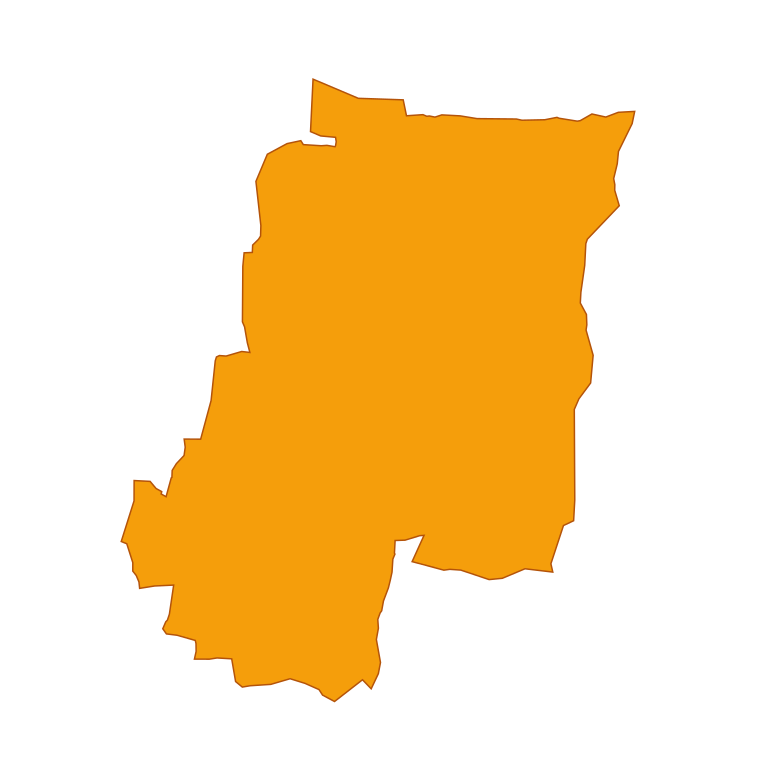 Chumayel, Yucatán, Mexico (Albers equal-area conic projection), rotated 354°
{"feature_id": "50627088B77720764307123", "entity_name": "Chumayel", "entity_type": "district", "adm_level": 2, "iso_a3": "MEX", "parent_name": "Mexico", "parent_adm1": "Yucatán", "projection": "albers", "projection_center": [-89.289, 20.471], "detail": "medium", "context": "isolated", "style": "filled", "palette": "amber", "viewbox_px": 768, "rotation_deg": 354, "n_neighbors": 0, "source": "geoboundaries", "source_scale": "gbopen_adm2", "svg_char_len": 1969}
<svg xmlns="http://www.w3.org/2000/svg" viewBox="0 0 768 768"><g transform="rotate(354 384 384)"><path d="M633.9,203.7L639.0,189.4L641.5,177.2L658.0,151.0L661.8,139.1L645.4,138.3L632.5,141.7L619.0,137.2L606.7,142.6L603.7,142.8L585.9,138.0L583.9,136.9L571.5,138.0L548.8,136.1L543.3,134.3L504.3,129.8L487.8,125.3L469.6,122.4L462.6,123.9L457.2,122.2L454.5,122.2L450.9,120.2L434.4,119.6L432.8,103.4L388.3,97.2L345.3,73.4L337.3,125.3L347.0,130.7L361.6,133.6L361.8,138.1L360.7,142.0L360.1,142.9L352.2,140.7L346.5,140.5L328.8,137.5L326.7,133.3L312.7,134.8L292.0,143.3L277.8,169.1L278.1,213.6L276.7,224.0L274.3,227.0L267.9,232.1L266.8,239.4L258.6,238.9L255.9,252.2L249.7,307.4L251.3,312.6L252.4,328.7L253.9,338.6L245.9,336.8L229.9,339.7L223.3,338.5L220.2,339.6L218.6,343.3L210.3,382.4L195.9,419.7L179.5,417.9L179.7,426.1L177.7,434.2L169.3,441.4L164.3,447.8L163.3,454.8L162.6,455.1L155.5,473.3L150.9,470.1L151.7,467.8L146.4,464.1L141.2,456.4L125.4,453.9L123.2,474.1L106.2,513.2L111.5,516.0L115.5,535.4L114.6,543.8L117.6,548.6L119.6,555.3L119.6,561.7L134.8,560.9L153.8,562.0L146.5,590.5L143.9,596.2L142.1,597.7L138.4,604.3L141.5,609.8L151.8,612.2L169.5,619.3L169.9,622.5L169.2,630.3L166.7,637.8L181.6,639.4L189.3,639.0L203.8,641.4L205.3,664.4L211.4,670.6L219.4,670.1L240.0,670.9L259.8,667.3L274.2,673.5L287.4,681.1L290.4,687.0L301.6,694.6L331.7,675.9L339.4,685.8L348.1,671.5L351.4,660.6L349.7,637.3L352.9,626.3L353.2,617.5L356.2,611.3L358.0,609.3L360.8,599.7L367.1,587.1L369.8,579.6L372.3,572.0L374.5,559.1L377.1,554.3L376.7,553.3L378.7,540.8L388.6,541.5L403.6,538.6L408.0,538.7L393.4,563.6L424.1,575.4L430.1,575.2L440.9,577.1L468.1,589.5L481.4,589.6L504.9,582.5L532.2,588.7L531.2,580.2L547.7,543.5L558.3,539.8L561.6,519.3L570.6,429.2L576.3,419.1L589.6,404.6L595.0,377.3L590.6,351.5L591.9,346.4L592.6,336.0L587.7,324.0L589.4,313.4L596.0,287.1L599.4,265.5L601.4,261.2L636.6,231.3L633.7,215.4L634.4,209.9L633.9,203.7Z" fill="#f59e0b" stroke="#b45309" stroke-width="1.5"/></g></svg>